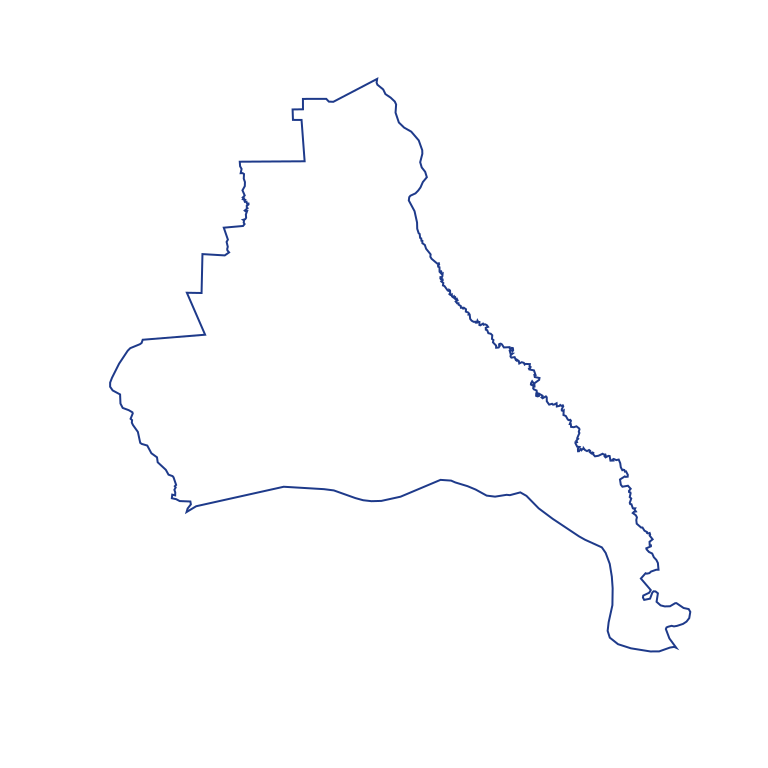 the district of Empedrado, Corrientes, Argentina, rotated 262°
{"feature_id": "61730980B73839587139252", "entity_name": "Empedrado", "entity_type": "district", "adm_level": 2, "iso_a3": "ARG", "parent_name": "Argentina", "parent_adm1": "Corrientes", "projection": "albers", "projection_center": [-58.733, -27.913], "detail": "fine", "context": "isolated", "style": "outline", "palette": "blue", "viewbox_px": 768, "rotation_deg": 262, "n_neighbors": 0, "source": "geoboundaries", "source_scale": "gbopen_adm2", "svg_char_len": 6158}
<svg xmlns="http://www.w3.org/2000/svg" viewBox="0 0 768 768"><g transform="rotate(262 384 384)"><path d="M687.1,419.7L670.5,373.1L671.3,368.7L674.4,366.5L677.6,343.4L667.3,342.0L668.6,331.7L658.2,330.6L657.0,339.1L615.6,336.4L624.2,272.1L619.6,271.8L616.8,272.9L612.7,271.4L612.5,273.3L611.4,274.6L606.9,273.7L603.3,274.4L599.3,273.7L595.5,270.8L590.1,272.3L588.3,270.1L587.5,271.1L586.6,270.1L585.7,272.1L584.8,271.3L583.7,271.6L583.7,273.2L581.8,273.4L581.6,274.9L580.6,274.8L579.6,272.9L577.8,272.7L577.1,273.3L575.1,270.2L574.3,271.0L574.3,272.5L571.1,270.8L567.8,270.6L566.5,269.5L566.2,267.4L565.5,268.2L563.3,267.5L561.8,268.2L560.1,266.4L561.1,247.1L548.7,249.5L546.6,247.9L541.6,248.4L539.5,247.5L538.1,247.5L535.9,248.9L533.5,244.2L537.9,222.3L499.5,216.0L501.8,201.5L457.7,213.7L461.4,151.2L458.4,149.7L457.4,147.9L454.8,137.7L452.6,134.8L441.0,124.5L428.0,115.5L423.5,113.0L419.4,112.4L415.4,114.4L410.4,121.2L401.3,120.3L396.7,121.9L393.6,127.6L391.0,130.9L389.8,131.1L384.8,128.2L383.3,129.5L380.8,128.9L378.3,129.7L370.8,133.6L359.7,134.4L358.4,135.7L356.0,141.0L347.8,144.0L343.0,149.0L338.0,149.0L329.4,156.0L324.2,158.0L322.2,161.8L320.9,162.6L313.0,164.1L311.9,162.6L310.5,163.3L308.4,161.7L305.7,162.2L302.8,161.7L303.9,158.9L300.4,158.0L298.9,162.1L296.5,165.4L294.6,175.9L291.7,176.0L288.0,172.2L284.7,170.7L289.1,181.0L296.2,270.4L288.2,310.0L285.6,319.5L275.0,339.8L271.8,347.2L269.7,355.3L268.6,365.1L270.1,384.7L281.2,426.6L279.0,437.0L276.6,440.9L271.2,452.5L266.7,460.1L259.2,470.1L257.0,478.3L257.2,490.0L256.4,493.2L257.7,503.9L253.4,509.5L239.3,519.9L227.0,532.3L206.0,555.9L201.8,561.4L191.9,577.0L185.9,580.0L174.5,582.5L161.6,582.8L149.9,582.0L133.2,579.4L116.8,573.3L108.4,571.1L101.4,572.3L93.8,579.5L87.9,591.7L82.1,610.5L80.9,619.2L83.2,630.5L83.3,634.8L82.1,636.7L92.3,631.2L102.1,629.0L103.6,629.9L104.1,631.7L104.5,635.2L103.6,637.4L103.7,640.5L104.8,646.7L106.6,650.5L109.7,653.7L115.7,655.6L118.7,654.4L120.5,649.5L126.3,643.1L126.4,641.8L124.1,636.3L124.7,631.0L126.3,627.1L130.4,623.6L138.6,626.1L140.8,624.0L141.2,622.1L140.1,620.7L134.4,617.6L134.0,611.6L136.5,610.7L138.4,611.3L140.4,617.6L142.8,619.5L155.6,611.3L160.2,616.7L159.6,617.8L159.8,620.5L161.1,622.3L162.2,627.8L161.9,630.0L168.6,630.3L171.9,629.2L174.9,627.1L178.8,626.0L180.8,623.0L183.7,621.0L184.8,620.9L186.1,625.7L187.1,625.9L187.6,624.7L190.8,625.0L192.8,628.4L196.9,626.0L197.9,626.6L199.5,626.3L199.2,624.8L199.8,623.8L200.7,623.9L202.5,621.5L205.9,620.0L206.1,618.6L210.5,614.8L214.2,614.9L216.8,615.9L219.0,615.1L221.6,612.4L222.6,613.7L222.7,615.7L224.9,614.6L225.9,615.4L226.3,613.1L230.5,612.3L230.8,611.1L232.1,610.8L236.2,612.9L237.8,611.6L241.5,613.0L242.3,612.9L242.8,611.7L244.0,611.7L245.9,613.7L249.3,611.4L249.1,605.8L251.3,604.5L256.6,604.4L259.0,609.6L258.4,610.3L258.3,612.4L260.1,612.8L263.8,611.5L263.7,610.4L265.4,610.0L265.8,609.0L265.5,608.0L268.6,606.9L272.7,606.9L276.5,605.9L276.3,603.5L277.8,601.0L277.4,600.0L276.3,600.3L276.6,597.6L281.3,597.4L281.6,596.2L280.5,593.2L281.6,592.5L282.3,593.6L283.4,593.4L283.5,591.8L284.5,590.8L283.1,586.4L283.0,582.9L285.3,581.3L286.7,581.7L287.3,580.6L286.4,579.7L288.1,578.2L289.2,578.8L290.1,577.9L289.3,575.7L290.6,573.9L292.7,572.7L291.8,572.4L291.9,571.3L291.0,570.4L292.3,569.7L290.3,567.8L290.4,566.8L292.8,567.0L294.5,568.7L295.0,566.6L298.8,565.3L299.7,565.5L299.6,567.0L301.2,566.6L302.7,568.6L303.5,567.8L308.3,570.7L309.5,570.2L312.0,571.3L312.9,571.0L315.3,568.7L314.8,565.9L315.5,563.3L318.3,563.4L318.5,562.4L321.5,564.0L322.6,563.5L322.5,562.0L323.2,561.1L327.0,559.6L328.3,557.4L332.9,558.3L332.5,557.3L333.0,556.4L334.2,556.5L337.0,558.4L338.0,558.1L337.7,556.5L338.7,555.6L337.9,554.6L337.7,552.0L340.9,552.2L340.0,549.7L340.0,548.5L341.0,547.7L340.6,544.7L344.2,542.8L348.2,543.3L349.2,542.6L347.8,539.1L348.8,538.2L349.5,539.4L350.3,539.4L352.6,536.5L350.5,535.7L350.4,534.2L351.1,533.0L353.1,533.4L352.5,534.4L353.3,535.0L353.9,534.2L356.3,534.2L357.9,531.6L359.1,531.1L360.4,531.7L360.5,532.7L363.1,532.9L362.8,531.8L361.7,531.2L363.0,529.4L364.3,529.7L366.1,531.1L364.1,532.2L363.9,533.3L366.5,538.2L368.3,538.8L369.9,534.3L372.0,534.2L371.9,535.3L376.6,534.4L378.2,529.9L379.1,529.7L379.3,530.7L380.4,531.5L381.2,530.6L383.4,531.2L384.2,526.9L383.7,526.0L385.5,525.4L386.4,523.4L385.5,520.8L388.0,520.7L389.5,519.1L388.6,518.7L389.3,517.9L392.4,517.1L392.4,513.8L393.6,513.1L395.0,513.5L396.2,515.5L396.6,513.5L399.7,513.1L400.4,514.2L398.6,515.8L399.5,516.6L401.6,516.6L402.0,515.6L401.5,514.4L401.9,513.5L403.0,513.5L403.5,507.8L406.8,506.3L407.7,505.2L407.6,503.8L406.6,503.3L405.7,504.0L404.2,502.6L404.3,500.1L406.5,500.3L410.1,497.7L412.3,498.5L413.6,497.2L417.2,498.0L418.9,496.7L419.8,494.4L422.9,493.7L423.6,492.4L425.5,492.6L426.1,495.0L428.1,493.9L429.1,492.3L428.8,490.9L430.0,490.4L428.7,487.6L429.1,486.7L432.1,487.1L432.2,486.0L433.7,485.4L431.8,484.6L432.0,483.4L432.9,483.4L433.1,481.4L434.5,479.6L436.5,478.4L440.7,478.5L441.0,477.4L441.9,478.0L443.0,477.4L444.3,475.1L446.6,475.6L448.4,473.7L447.7,472.8L448.7,472.1L448.8,470.8L450.5,470.9L452.2,468.9L453.6,469.0L453.7,467.7L455.7,466.5L456.6,468.5L458.4,467.9L457.9,466.8L458.6,466.1L460.0,466.4L459.8,465.4L461.1,465.4L460.5,464.2L461.3,463.5L463.3,463.6L462.9,462.2L463.9,461.3L465.0,462.2L467.4,462.4L468.2,461.6L467.1,461.2L467.7,460.1L472.6,457.5L473.4,456.1L475.8,456.8L477.5,455.1L478.4,456.5L479.5,456.6L480.1,455.8L479.8,454.9L480.7,454.5L482.0,454.8L481.7,456.2L482.6,456.8L485.1,457.4L484.7,456.5L486.3,455.4L486.4,456.5L487.7,456.3L487.9,454.7L491.9,455.2L492.6,454.0L493.7,454.0L494.6,455.2L495.9,455.1L495.7,453.6L501.3,448.6L503.5,447.6L505.9,448.2L512.1,444.5L516.0,443.8L518.1,441.6L520.4,441.9L520.7,441.0L523.0,441.1L523.7,440.1L527.6,440.2L528.5,439.3L533.1,438.5L539.3,439.2L550.9,438.3L562.3,434.1L565.5,435.0L566.8,436.4L568.4,441.7L570.8,444.8L573.6,447.5L578.6,450.6L582.8,455.2L588.4,454.3L593.2,451.5L598.6,450.7L606.6,454.0L610.2,454.4L620.4,452.3L630.1,446.1L635.1,439.6L640.9,435.1L651.1,433.2L659.1,434.9L662.2,434.0L666.7,430.4L670.8,425.8L675.8,424.2L681.3,419.1L683.5,418.6L687.1,419.7Z" fill="none" stroke="#1e3a8a" stroke-width="2"/></g></svg>